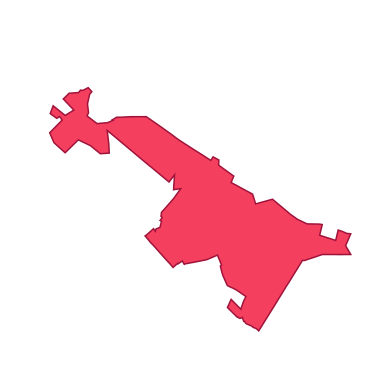 Villa Pesqueira, Sonora, Mexico (Albers equal-area conic projection), rotated 310°
{"feature_id": "50627088B53796408252368", "entity_name": "Villa Pesqueira", "entity_type": "district", "adm_level": 2, "iso_a3": "MEX", "parent_name": "Mexico", "parent_adm1": "Sonora", "projection": "albers", "projection_center": [-110.005, 29.14], "detail": "fine", "context": "isolated", "style": "filled", "palette": "rose", "viewbox_px": 384, "rotation_deg": 310, "n_neighbors": 0, "source": "geoboundaries", "source_scale": "gbopen_adm2", "svg_char_len": 2446}
<svg xmlns="http://www.w3.org/2000/svg" viewBox="0 0 384 384"><g transform="rotate(310 192 192)"><path d="M209.9,320.7L210.3,320.6L210.6,320.6L210.8,320.7L210.9,320.9L211.1,321.3L211.4,321.8L211.8,322.2L227.7,331.9L228.8,333.1L240.3,346.9L246.2,353.8L249.6,344.2L262.0,340.5L259.7,337.0L258.6,333.0L256.8,328.4L247.3,333.2L240.9,317.6L250.8,312.7L249.4,310.4L249.2,310.1L247.6,308.1L241.5,300.6L238.9,290.4L238.2,282.1L238.2,280.7L238.2,279.9L238.2,262.4L238.2,258.3L223.8,248.4L229.3,239.8L224.4,215.9L231.0,213.8L230.0,199.6L229.7,195.2L233.8,192.0L233.1,188.6L232.5,185.6L228.3,186.1L226.7,173.4L225.7,166.5L223.9,151.9L223.3,146.9L223.0,140.3L221.6,122.2L220.3,108.5L209.9,96.2L203.9,89.8L200.8,86.2L195.9,84.5L196.0,85.4L190.4,82.5L190.1,82.0L183.4,75.3L182.8,62.8L186.3,61.7L192.3,55.3L201.0,50.8L204.5,50.8L205.2,45.4L199.7,43.1L198.4,41.1L195.3,41.2L188.7,34.4L180.5,33.6L178.8,48.8L169.1,45.6L168.8,30.2L160.9,33.0L161.5,41.1L164.8,42.1L163.5,46.3L145.9,44.9L141.1,54.5L140.8,61.1L140.5,69.6L158.9,71.4L159.2,72.7L162.2,84.4L162.3,90.9L162.4,97.2L168.6,103.6L174.3,98.3L174.6,98.1L175.6,97.1L184.6,87.5L184.7,96.4L184.7,97.0L184.7,121.8L184.7,133.9L184.7,140.3L184.8,144.9L184.9,168.0L193.9,167.6L181.9,176.4L187.3,181.2L175.6,182.1L174.1,182.1L162.9,181.9L156.8,181.7L154.2,183.4L153.5,183.7L153.3,185.6L149.7,185.8L150.0,187.4L144.3,190.2L140.6,188.2L138.3,189.2L139.2,186.1L137.7,185.9L135.6,185.6L135.4,185.6L134.4,185.4L133.9,185.4L129.7,184.7L128.2,184.3L127.6,187.8L127.3,189.7L126.8,191.5L126.3,196.4L124.5,208.8L124.2,210.6L122.7,221.9L122.0,226.0L128.1,226.9L127.9,227.5L132.9,228.9L131.6,232.6L133.3,233.3L133.5,233.8L137.4,236.9L137.4,237.0L149.3,246.6L160.0,252.1L157.4,257.1L156.8,258.2L155.6,260.5L155.0,261.7L153.6,261.3L153.0,262.0L151.3,264.3L149.4,266.9L147.8,269.5L143.9,277.4L143.1,279.2L143.1,279.6L143.5,281.2L144.6,285.1L144.7,285.5L145.1,287.2L145.4,288.5L145.5,289.3L145.6,290.3L145.9,293.1L146.0,294.7L146.6,300.5L141.5,301.7L135.2,304.1L134.8,304.2L133.9,304.5L133.6,304.7L134.9,291.0L126.3,293.4L125.5,302.9L125.2,307.3L125.8,307.9L125.7,308.9L125.7,309.2L125.9,309.7L126.0,309.9L126.5,310.4L126.8,310.5L128.2,311.2L126.3,314.6L126.1,314.9L126.6,315.5L126.1,317.2L126.0,318.3L127.2,322.5L127.7,323.7L127.6,325.4L127.9,326.7L128.7,329.2L128.5,332.4L160.1,327.9L168.1,326.7L174.4,325.8L175.6,325.6L181.7,324.7L183.6,324.5L185.8,324.2L209.9,320.7Z" fill="#f43f5e" stroke="#9f1239" stroke-width="1.5"/></g></svg>